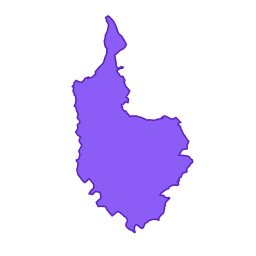 Pegeia, Paphos, Cyprus, rotated 29°
{"feature_id": "46923920B55178384672299", "entity_name": "Pegeia", "entity_type": "district", "adm_level": 2, "iso_a3": "CYP", "parent_name": "Cyprus", "parent_adm1": "Paphos", "projection": "robinson", "projection_center": [32.366, 34.894], "detail": "fine", "context": "isolated", "style": "filled", "palette": "violet", "viewbox_px": 256, "rotation_deg": 29, "n_neighbors": 0, "source": "geoboundaries", "source_scale": "gbopen_adm2", "svg_char_len": 4337}
<svg xmlns="http://www.w3.org/2000/svg" viewBox="0 0 256 256"><g transform="rotate(29 128 128)"><path d="M55.8,40.2L54.9,42.4L56.3,43.2L57.6,45.2L59.5,45.9L60.7,46.9L61.7,48.9L62.2,50.9L62.7,52.3L63.1,54.9L63.2,57.7L64.3,60.1L65.2,63.7L66.9,65.8L68.6,67.8L71.4,69.1L72.3,71.8L73.2,72.9L73.6,75.8L73.7,77.5L74.9,82.8L74.4,85.1L73.3,88.9L72.6,92.3L72.1,94.6L73.6,96.6L72.9,98.2L72.0,100.9L70.8,102.2L69.1,103.9L68.7,102.7L67.3,104.2L66.1,105.9L66.5,107.6L65.6,109.4L65.1,110.7L62.9,111.4L61.5,111.5L59.8,111.4L59.2,112.8L58.9,114.7L59.6,116.0L59.2,118.8L61.0,119.0L61.5,121.0L62.4,122.8L64.0,123.4L64.8,125.1L66.7,125.6L67.7,127.0L68.9,128.7L69.5,130.6L70.2,131.7L70.4,134.9L72.2,134.8L73.5,136.5L74.7,137.9L76.3,139.0L77.7,139.9L78.7,143.9L81.1,144.6L82.7,145.7L83.3,146.5L82.4,148.8L82.1,149.7L83.9,152.0L84.5,154.1L84.2,157.0L87.9,158.7L90.7,158.8L91.3,162.8L94.2,164.7L96.0,165.3L96.1,168.9L96.1,171.9L98.9,174.7L99.9,179.1L98.3,181.2L101.7,183.4L103.7,189.6L106.9,193.0L111.3,195.0L114.7,196.4L116.7,196.7L117.8,193.8L118.6,191.3L122.4,192.6L125.5,194.1L127.1,197.3L125.9,200.8L125.8,204.4L129.2,203.4L130.4,199.2L134.7,197.9L136.6,200.0L138.4,202.5L137.0,205.8L136.3,208.5L139.9,211.1L142.4,209.5L146.3,207.7L149.6,209.8L153.9,211.5L156.7,212.5L157.1,211.7L158.7,207.7L160.0,205.7L163.3,206.1L165.5,206.5L167.2,207.0L169.1,207.1L170.8,207.9L172.0,208.5L172.7,210.0L172.6,211.7L172.9,213.3L173.7,214.5L175.0,215.3L176.1,215.6L177.7,215.9L179.3,216.0L181.2,215.7L182.6,215.9L184.3,216.3L184.7,215.6L183.1,214.2L182.2,212.6L181.6,211.2L181.8,209.0L182.7,208.1L183.6,208.5L185.5,208.8L187.2,209.1L188.2,209.2L189.6,208.1L189.5,205.5L189.2,204.1L189.4,202.7L190.9,200.5L190.9,199.1L192.4,197.6L193.9,196.0L196.1,194.7L197.4,193.7L198.7,194.0L199.0,194.1L199.6,193.4L198.7,192.0L198.7,191.8L198.9,189.8L199.2,188.0L200.2,185.8L200.0,183.9L199.5,182.7L199.2,181.2L198.3,179.8L198.2,177.7L197.1,176.1L197.2,174.3L197.4,172.2L198.1,171.1L198.3,169.0L197.9,168.9L195.9,170.1L194.5,170.5L192.7,170.3L192.0,169.6L190.0,170.6L188.6,171.2L188.4,169.5L189.4,167.1L190.3,165.0L191.4,162.9L192.9,161.4L192.7,159.4L193.9,157.5L195.8,155.6L197.7,154.8L199.0,154.3L199.7,152.9L198.9,151.8L198.0,151.0L197.3,151.2L197.4,150.2L198.3,149.7L198.3,149.1L197.8,148.3L197.0,148.1L197.0,147.2L197.7,146.2L198.2,145.3L198.2,144.6L197.8,143.8L197.7,143.1L197.9,142.2L198.0,141.6L197.6,140.7L199.2,139.6L200.0,138.6L200.8,137.7L199.6,136.1L199.3,135.0L199.4,133.5L200.0,131.8L200.2,130.5L200.2,128.9L201.1,126.7L200.8,125.9L199.6,124.7L197.7,124.8L196.3,123.8L194.2,123.5L191.7,124.3L190.1,125.1L188.3,125.7L186.6,126.7L185.6,126.9L185.8,125.1L185.9,123.4L185.8,121.9L186.4,120.0L188.0,118.9L189.8,117.7L189.4,116.5L188.0,114.8L188.0,112.6L187.5,110.1L185.6,109.7L181.8,107.4L179.5,106.5L177.5,105.1L175.9,103.7L174.4,103.1L173.7,101.9L172.7,101.1L171.3,100.9L170.1,100.8L170.0,99.1L171.2,97.5L169.3,97.0L167.2,96.2L164.8,95.6L163.2,98.0L161.8,99.1L160.6,99.3L158.3,99.2L156.4,99.4L154.4,99.6L153.2,100.7L152.7,102.0L153.4,101.7L153.9,102.1L152.9,103.1L151.9,104.3L150.6,105.3L148.9,106.6L148.3,107.7L146.8,108.8L145.2,109.4L143.4,110.3L142.0,110.6L141.8,111.6L140.3,112.0L139.2,111.8L137.7,112.1L136.3,112.2L135.2,112.2L133.9,112.5L132.7,112.7L131.5,113.3L130.2,113.2L129.4,113.5L128.1,114.1L127.1,114.7L126.2,115.2L125.5,115.6L125.2,116.4L124.2,116.9L123.7,117.1L123.6,116.5L122.6,116.4L121.5,115.8L120.6,115.8L119.8,115.7L119.3,114.8L118.0,114.5L116.9,114.5L116.0,114.9L115.1,114.6L113.5,113.4L113.2,113.0L113.0,112.2L111.8,112.1L111.1,111.0L112.0,109.9L112.6,108.9L112.8,107.6L113.3,106.1L115.6,105.9L115.2,103.9L114.2,102.6L113.8,102.1L111.8,102.0L111.2,101.1L111.7,98.2L111.5,94.8L110.1,94.0L109.3,93.8L108.1,93.4L106.6,93.0L105.3,92.2L104.7,91.9L104.2,91.2L103.5,90.6L102.9,90.2L102.0,89.6L102.3,88.6L102.1,87.7L101.1,87.0L99.8,86.4L99.1,85.4L98.0,85.5L97.3,86.2L96.2,86.2L95.4,86.0L94.7,85.6L93.6,84.9L92.5,84.6L91.0,83.8L90.3,83.3L91.0,82.7L91.3,81.4L91.9,80.5L93.1,79.1L93.8,78.6L94.5,77.7L94.4,77.1L93.3,77.6L92.3,77.6L91.8,78.8L91.1,79.7L90.8,80.1L90.3,80.4L89.6,80.5L88.2,79.8L87.1,78.6L85.7,76.3L83.4,73.8L82.0,71.7L81.0,71.0L82.2,67.8L83.5,64.0L85.5,60.9L86.3,58.1L86.1,55.8L82.5,53.3L77.9,50.7L74.4,50.1L71.9,48.3L69.2,45.7L66.7,43.7L63.0,41.4L60.1,40.5L57.6,39.7L55.9,40.5L55.8,40.2Z" fill="#8b5cf6" stroke="#5b21b6" stroke-width="1.5"/></g></svg>